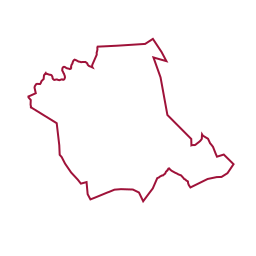 San Agustín Atenango, Oaxaca, Mexico (Albers equal-area conic projection), rotated 332°
{"feature_id": "50627088B1343071024100", "entity_name": "San Agustín Atenango", "entity_type": "district", "adm_level": 2, "iso_a3": "MEX", "parent_name": "Mexico", "parent_adm1": "Oaxaca", "projection": "albers", "projection_center": [-97.996, 17.585], "detail": "fine", "context": "isolated", "style": "outline", "palette": "rose", "viewbox_px": 256, "rotation_deg": 332, "n_neighbors": 0, "source": "geoboundaries", "source_scale": "gbopen_adm2", "svg_char_len": 2623}
<svg xmlns="http://www.w3.org/2000/svg" viewBox="0 0 256 256"><g transform="rotate(332 128 128)"><path d="M193.3,86.7L193.3,76.6L191.8,61.0L182.6,61.8L157.4,50.4L146.1,45.1L140.2,42.3L140.1,42.2L139.4,41.9L138.6,42.7L137.9,44.3L136.8,45.6L135.6,46.9L134.8,48.6L126.7,55.0L126.0,55.6L125.1,56.9L125.1,57.5L125.1,57.9L124.7,57.4L124.2,56.6L123.3,55.7L122.6,54.8L122.3,53.9L122.1,53.1L122.4,51.8L121.4,49.7L120.4,49.2L118.7,48.3L117.5,47.9L116.5,46.8L115.7,46.3L115.1,45.5L114.6,44.7L114.3,44.2L114.2,44.0L113.8,43.6L113.0,42.6L112.1,42.7L111.3,43.0L110.8,43.5L110.4,43.7L109.8,44.2L109.3,44.9L108.8,45.2L108.2,45.5L107.7,45.8L107.1,46.5L106.3,47.4L106.1,48.2L105.2,48.8L104.2,48.6L103.7,47.9L103.0,47.4L102.5,46.9L101.9,46.4L101.6,45.9L101.3,45.3L101.0,44.7L100.5,44.1L99.8,43.8L99.1,43.9L98.5,44.2L97.8,44.9L96.9,46.4L97.0,47.8L96.8,49.1L97.0,49.8L96.8,50.7L96.7,51.4L96.7,51.9L96.4,53.0L96.2,53.6L95.2,54.6L94.8,54.9L94.4,55.1L94.0,55.1L93.3,55.0L93.0,54.4L92.2,53.9L89.9,53.6L88.8,52.7L88.3,52.0L87.5,51.5L85.6,51.0L85.2,50.6L84.8,49.5L84.8,48.5L85.2,47.7L85.3,47.3L85.3,46.1L85.3,45.8L85.1,45.2L84.7,44.8L84.2,44.4L83.7,44.1L83.0,43.4L81.8,42.0L81.0,41.8L81.1,40.9L78.6,42.0L76.9,44.5L76.6,45.1L73.6,46.0L72.0,47.4L71.0,47.9L68.4,46.3L67.5,46.2L65.3,47.4L64.4,48.5L62.9,54.0L56.8,53.6L54.9,53.4L54.5,54.3L55.3,57.6L52.9,61.7L52.4,63.6L52.0,63.9L51.8,65.0L52.2,64.5L67.3,90.3L59.2,111.0L55.1,119.6L55.8,122.5L55.7,129.5L55.8,130.9L56.0,132.6L56.9,140.6L59.4,150.0L60.3,155.0L66.0,156.3L61.3,167.5L61.3,167.9L61.3,173.4L65.6,173.9L69.5,174.3L79.8,175.3L81.7,175.6L81.8,175.6L82.0,175.6L87.1,176.1L93.1,178.7L103.4,184.6L107.4,190.1L107.4,190.4L107.0,199.8L116.3,195.4L121.5,193.0L130.3,186.0L132.0,186.2L133.1,185.9L135.8,185.9L136.6,186.3L137.6,186.0L138.7,185.9L139.3,185.6L139.6,185.6L141.0,184.4L141.7,184.3L142.0,184.1L142.6,184.1L143.0,183.7L143.5,183.7L144.1,183.1L144.7,182.8L145.4,183.0L145.7,184.5L146.4,186.2L148.8,189.9L149.5,190.7L150.3,191.9L150.6,192.5L152.3,194.4L152.6,194.7L153.5,198.3L153.6,199.3L154.0,199.9L154.5,200.4L154.7,201.4L154.9,201.9L155.6,202.9L155.8,203.3L155.4,204.3L155.1,205.2L154.9,206.9L155.1,208.9L155.2,209.8L174.4,210.4L183.3,213.0L187.6,215.1L194.6,214.6L204.2,209.5L200.6,198.0L200.1,196.4L193.1,195.1L193.4,191.5L194.2,184.6L193.9,182.7L193.6,181.2L193.3,179.9L193.4,178.9L193.6,175.1L190.5,169.9L190.4,168.4L189.6,169.6L188.1,172.2L186.5,173.0L185.4,173.4L184.0,173.7L182.2,174.0L180.5,174.3L179.7,174.5L178.9,174.4L177.6,173.7L176.0,173.0L175.9,173.0L178.7,167.4L168.9,135.0L180.5,98.6L183.6,77.7L193.3,87.0L193.3,86.7Z" fill="none" stroke="#9f1239" stroke-width="2"/></g></svg>